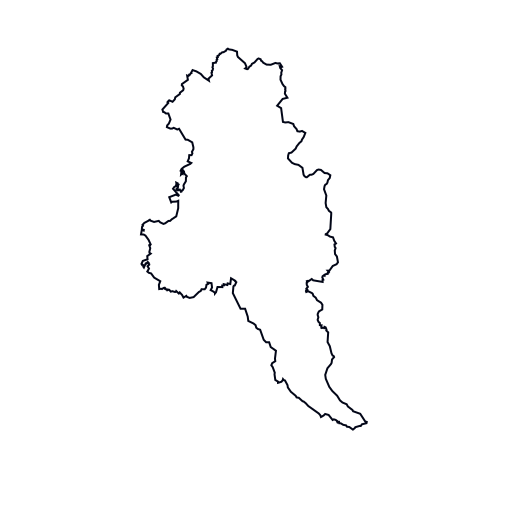 the district of Iara, Cluj, Romania, rotated 244°
{"feature_id": "2599482B94451106433579", "entity_name": "Iara", "entity_type": "district", "adm_level": 2, "iso_a3": "ROU", "parent_name": "Romania", "parent_adm1": "Cluj", "projection": "natural_earth1", "projection_center": [23.508, 46.546], "detail": "fine", "context": "isolated", "style": "outline", "palette": "ink", "viewbox_px": 512, "rotation_deg": 244, "n_neighbors": 0, "source": "geoboundaries", "source_scale": "gbopen_adm2", "svg_char_len": 6129}
<svg xmlns="http://www.w3.org/2000/svg" viewBox="0 0 512 512"><g transform="rotate(244 256 256)"><path d="M414.6,362.4L418.8,361.9L419.7,359.6L421.0,358.1L421.4,353.1L423.4,349.4L426.6,347.2L428.3,346.9L429.3,346.2L430.8,346.4L432.4,344.9L432.4,343.8L430.6,339.4L430.5,336.6L429.3,335.0L429.1,333.2L427.6,330.5L427.9,329.8L429.3,328.5L429.6,329.7L430.4,330.4L434.1,330.6L442.8,327.0L444.6,327.1L448.0,328.5L451.7,325.0L453.6,322.2L454.7,321.6L454.5,320.0L453.7,319.2L453.4,316.2L453.9,314.9L453.3,312.6L453.7,312.0L452.6,310.7L452.7,309.2L451.5,308.9L451.6,307.8L449.7,307.4L449.6,306.6L448.4,306.1L447.9,304.9L447.4,304.7L448.3,301.8L445.4,300.4L444.8,299.6L443.2,299.5L441.9,298.3L441.8,297.5L440.4,297.0L440.2,296.3L437.6,295.7L436.2,291.0L434.2,290.5L439.5,287.4L443.8,286.2L448.0,283.4L450.9,280.5L449.2,278.1L448.7,278.1L448.7,277.2L447.7,275.5L448.2,275.2L447.5,273.9L448.3,273.2L444.2,272.0L443.0,264.8L441.9,264.1L440.4,264.7L438.1,264.3L436.9,263.2L436.1,259.2L435.0,258.6L434.0,253.0L432.4,251.7L431.2,248.6L433.8,246.4L433.6,246.0L433.9,245.7L433.1,243.9L432.0,244.2L428.7,236.1L426.1,235.7L425.4,236.7L423.7,237.4L422.5,239.7L416.1,239.0L413.2,235.7L412.3,233.4L410.9,232.4L408.0,234.9L407.3,236.4L407.3,238.2L404.2,240.7L404.1,242.6L391.5,243.7L390.4,245.6L386.1,248.5L381.2,247.4L379.5,246.6L377.7,244.1L376.1,243.8L374.9,242.3L375.9,240.2L373.2,238.6L371.0,236.1L368.0,238.6L367.6,237.3L367.7,230.7L366.9,227.3L365.6,225.6L364.8,226.1L362.1,224.4L362.5,225.7L362.0,226.0L365.1,227.9L363.5,228.3L361.5,227.7L358.1,228.8L357.3,227.5L353.9,225.7L351.9,222.5L350.9,221.6L348.7,221.0L347.3,219.0L347.4,217.9L346.6,217.4L346.6,216.7L349.1,216.6L349.2,214.5L350.5,213.5L351.0,213.9L350.3,214.8L352.4,216.2L352.7,215.8L354.2,217.7L355.1,216.9L355.7,217.4L356.9,216.5L355.5,216.0L353.9,214.4L353.9,212.9L352.8,210.9L344.5,213.2L344.2,212.6L346.3,210.9L346.9,203.8L341.3,203.3L341.5,204.4L339.8,208.4L339.7,210.3L333.0,207.0L326.6,201.7L325.9,196.3L325.2,194.2L325.9,192.7L325.2,188.7L325.4,186.9L328.3,184.6L330.2,184.0L331.3,179.3L334.0,176.7L335.9,176.3L334.9,176.0L334.7,170.1L333.7,167.6L332.7,167.7L332.1,166.3L330.0,165.1L328.7,166.6L328.1,166.2L329.5,164.8L325.8,162.1L324.5,164.5L322.8,165.6L317.7,166.5L312.7,166.4L312.6,165.1L312.1,165.2L312.1,164.7L309.4,164.4L306.4,161.9L305.5,161.7L304.3,162.4L303.6,158.2L300.6,157.1L301.2,152.1L299.1,149.6L298.1,149.7L298.2,150.1L296.9,150.9L295.9,150.0L294.8,150.2L297.6,153.5L297.2,153.8L298.1,156.1L297.0,156.4L297.1,155.9L295.0,156.2L294.4,154.1L291.6,154.3L289.7,151.5L287.9,152.3L286.3,154.1L281.2,155.0L275.3,158.9L272.7,156.1L268.7,154.5L268.2,156.3L267.5,157.0L267.8,159.0L267.5,160.1L266.8,160.3L266.3,159.8L264.6,161.1L263.3,161.2L264.7,161.8L263.7,163.2L261.3,163.8L261.1,165.3L259.1,167.5L259.0,168.2L259.5,168.9L256.1,170.2L256.7,171.5L253.4,172.5L250.4,172.6L250.7,175.9L249.7,175.9L247.4,178.0L246.4,181.9L248.7,188.9L248.8,191.0L250.0,192.5L248.6,195.3L249.5,197.2L251.9,198.9L251.9,200.8L253.3,200.9L251.1,204.1L247.0,202.7L245.2,200.3L242.9,202.0L241.0,203.0L240.3,202.7L241.0,204.2L245.0,207.8L242.8,212.1L244.3,212.7L243.7,214.3L244.8,214.7L242.5,217.5L243.8,218.5L242.1,220.6L246.9,223.8L242.8,226.5L242.4,226.2L241.1,226.8L238.8,224.0L239.0,223.1L238.6,222.4L232.8,218.9L215.4,219.0L213.4,223.1L205.2,222.0L201.0,220.6L196.4,224.2L194.0,225.3L191.5,224.8L189.7,225.6L187.9,227.4L177.3,226.2L174.0,227.3L172.7,230.0L167.7,229.3L162.1,232.4L155.5,228.1L153.0,227.2L152.6,223.6L151.1,221.9L148.8,222.3L142.9,221.7L141.6,220.8L136.1,219.0L133.5,220.7L132.4,220.2L131.8,223.7L132.6,225.5L133.5,226.3L132.2,226.6L131.4,227.5L126.1,227.7L123.9,227.0L118.7,227.8L112.9,230.4L111.1,230.5L109.8,232.3L105.0,234.2L104.4,235.0L101.8,236.2L98.3,237.2L86.9,243.4L84.6,244.0L82.8,243.8L83.0,246.9L83.7,248.9L81.3,251.6L75.0,253.0L75.1,254.3L73.8,255.7L71.6,256.9L71.4,256.3L70.6,256.3L70.4,257.9L69.2,257.5L68.4,258.9L66.0,260.4L64.3,262.7L62.7,262.9L61.4,264.9L57.5,267.0L58.0,269.3L58.6,270.2L57.8,274.8L57.3,275.6L58.3,277.4L57.3,282.0L58.3,282.8L59.5,281.6L68.5,280.5L73.9,275.2L75.3,275.2L80.5,272.6L83.0,272.5L86.4,269.5L89.4,268.2L94.8,267.7L101.2,265.4L106.2,264.5L115.0,264.9L118.8,266.1L123.8,271.0L126.0,276.0L126.8,277.1L129.7,279.0L130.9,281.9L131.8,282.0L133.1,281.2L135.5,281.2L142.6,282.8L147.3,282.6L155.7,287.4L158.2,286.5L158.9,287.1L161.3,287.3L161.8,286.9L161.0,286.7L161.2,285.6L162.1,285.2L162.4,283.5L162.8,283.2L164.7,284.3L164.7,283.8L165.5,283.8L165.9,283.1L167.8,284.0L169.4,283.3L171.6,283.4L173.6,285.2L176.1,285.6L177.1,286.3L178.6,288.2L178.9,292.1L183.0,294.3L185.5,294.0L189.5,291.5L192.4,291.4L195.0,290.1L197.2,290.4L198.2,290.0L201.5,287.4L201.6,285.4L202.6,285.5L203.3,286.2L203.3,287.3L204.6,287.0L205.5,289.1L207.8,289.0L209.6,289.7L209.7,290.4L211.1,290.7L210.9,291.8L210.3,292.2L210.9,296.0L209.1,296.7L203.5,304.5L205.3,305.3L205.2,306.1L207.7,306.2L208.6,307.0L208.9,308.4L208.2,309.0L209.1,309.6L209.1,310.7L208.5,312.6L209.4,313.1L209.2,314.0L209.5,314.5L211.4,314.0L210.7,315.6L213.4,320.6L213.3,324.8L214.4,326.9L220.1,328.5L223.1,327.9L226.4,329.2L228.2,331.0L229.7,330.8L232.0,331.6L232.2,333.4L235.4,333.0L239.0,333.4L241.0,331.0L243.3,329.6L244.7,328.0L245.1,328.3L245.0,329.7L247.6,334.6L260.9,342.1L262.1,342.6L264.7,341.3L266.7,341.3L269.0,340.6L273.1,341.8L279.5,345.7L286.2,346.4L288.8,348.3L289.7,349.5L289.8,351.0L290.6,352.3L292.6,353.9L293.8,356.5L296.0,358.2L299.0,356.5L300.5,354.0L304.9,352.1L306.3,350.1L306.5,348.5L304.6,343.5L304.7,341.6L305.4,340.0L304.5,336.2L304.9,335.5L306.4,334.6L308.2,334.4L314.9,336.4L319.3,334.1L321.6,331.1L324.0,329.2L329.7,327.5L332.3,329.0L334.0,330.6L333.4,333.2L335.1,338.7L336.7,340.6L338.6,344.6L339.2,347.1L340.5,348.4L342.0,351.0L345.0,354.3L348.2,352.2L348.6,349.9L350.0,347.9L352.3,348.1L355.9,347.1L358.3,347.4L362.1,343.8L363.2,340.8L364.7,339.0L377.9,343.4L381.8,340.9L385.5,348.8L384.5,353.6L389.2,353.1L391.2,354.3L391.4,354.9L393.2,355.3L393.3,355.7L394.9,356.4L396.2,355.7L398.8,355.2L403.7,355.3L406.8,356.9L408.0,358.4L409.6,359.0L411.6,360.9L414.3,360.2L415.8,360.5L414.7,361.2L414.6,362.4Z" fill="none" stroke="#020617" stroke-width="2"/></g></svg>